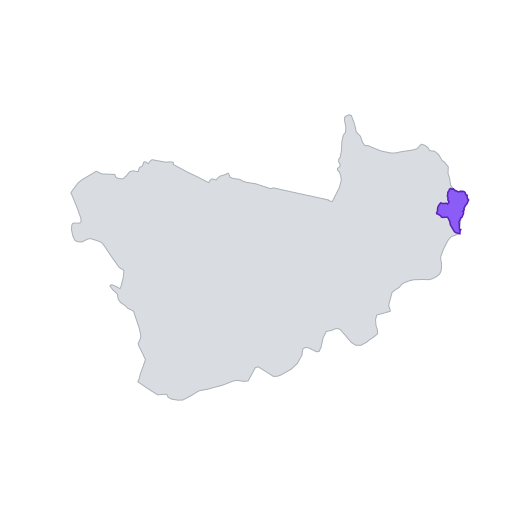 Léraba highlighted on a map of Burkina Faso, rotated 193°
{"feature_id": "BFA-2835", "entity_name": "Léraba", "entity_type": "Province", "adm_level": 1, "iso_a3": "BFA", "parent_name": "Burkina Faso", "parent_adm1": "", "projection": "robinson", "projection_center": [-5.276, 10.67], "detail": "fine", "context": "in_parent", "style": "filled", "palette": "violet", "viewbox_px": 512, "rotation_deg": 193, "n_neighbors": 0, "source": "natural_earth", "source_scale": "10m", "svg_char_len": 4453}
<svg xmlns="http://www.w3.org/2000/svg" viewBox="0 0 512 512"><g transform="rotate(193 256 256)"><path d="M377.7,326.5L365.0,327.1L360.4,328.6L357.6,328.7L357.5,327.4L357.2,326.6L341.2,322.2L329.9,319.7L318.6,316.8L317.9,319.5L316.3,321.2L313.9,321.3L312.1,320.9L311.0,323.0L309.1,325.7L306.5,327.1L303.9,328.7L302.5,330.2L301.4,330.3L298.8,326.8L295.4,326.4L288.9,327.0L286.0,326.0L282.0,325.6L272.7,326.3L257.7,324.9L255.2,325.6L254.6,326.3L239.8,326.4L223.5,326.6L209.8,326.8L197.9,326.9L197.8,326.3L194.0,326.2L193.6,327.4L190.2,341.4L189.9,349.0L191.7,353.7L193.7,356.7L196.0,358.0L196.2,359.7L194.4,361.9L194.6,364.1L196.7,366.4L197.2,368.9L196.2,371.4L196.4,377.5L198.1,387.3L198.1,393.6L196.6,396.5L197.3,401.4L200.3,408.3L200.8,411.3L199.7,412.6L197.3,414.5L194.8,414.4L192.0,410.2L190.7,408.3L188.3,404.0L186.4,399.7L183.7,397.8L181.1,396.1L177.8,390.7L174.7,388.1L171.5,388.8L166.7,387.8L157.1,386.4L146.8,386.8L142.5,388.1L138.3,390.1L127.5,394.4L123.3,396.6L120.1,402.1L116.5,401.9L112.8,400.2L110.5,397.7L105.6,398.3L100.9,395.9L96.3,391.1L93.0,389.6L88.7,386.1L87.5,379.6L84.7,375.0L82.3,368.7L78.5,365.8L74.2,364.3L68.3,364.6L64.4,362.0L61.4,358.3L62.2,355.1L63.6,350.5L63.7,346.1L64.7,339.0L64.1,330.0L63.0,323.8L66.3,321.2L70.1,318.8L72.4,314.6L74.8,305.1L75.9,296.9L75.1,293.8L73.9,291.4L72.9,287.8L72.3,283.5L73.0,279.7L75.8,276.2L79.4,273.3L81.9,271.9L88.7,270.5L97.1,268.3L101.9,265.8L105.5,263.3L107.5,261.4L109.5,257.4L112.7,254.3L115.2,251.2L115.6,242.4L115.6,237.5L113.7,234.7L112.7,232.4L125.1,225.6L125.2,220.8L123.5,215.4L121.0,211.1L120.1,207.4L123.5,203.0L126.6,199.7L128.8,196.9L133.7,192.6L138.8,191.5L143.4,193.1L157.1,203.1L159.5,203.8L162.3,203.0L165.9,200.4L170.5,198.3L172.2,191.6L172.1,181.7L173.1,177.1L175.6,176.3L183.4,178.2L185.5,178.3L187.7,177.7L189.4,175.9L189.3,172.7L188.9,169.9L191.5,160.7L196.1,153.8L205.5,145.2L208.5,143.5L211.9,142.6L228.8,148.5L231.5,147.1L235.6,132.4L240.2,131.0L245.7,130.7L249.2,129.5L251.1,128.4L259.1,122.9L273.2,115.3L280.8,112.0L282.3,110.8L287.7,105.4L294.9,99.2L299.5,98.0L305.9,97.5L309.9,98.6L311.0,100.3L312.3,101.2L320.6,98.6L332.6,102.8L342.9,106.9L342.3,109.5L342.2,114.1L341.4,121.4L340.4,130.1L344.7,135.7L349.8,141.8L351.2,144.2L349.9,150.2L350.8,153.7L353.6,159.5L358.2,167.0L362.9,174.6L366.2,175.6L369.3,176.2L371.2,177.6L374.0,178.9L376.7,179.8L379.1,181.5L380.6,183.1L382.6,187.8L388.0,190.9L391.7,194.0L390.2,195.6L385.6,194.9L381.2,193.6L380.7,195.8L380.5,204.5L381.3,211.7L382.3,212.6L386.7,214.0L397.1,223.3L406.6,232.2L409.8,234.5L415.0,235.3L420.9,235.7L423.4,234.9L429.0,230.4L432.0,229.9L434.8,230.1L436.3,230.8L439.0,234.4L441.6,239.9L442.4,244.0L442.2,246.1L441.3,247.0L436.7,248.0L434.7,248.8L434.2,250.0L434.9,252.7L435.8,254.5L440.9,262.4L448.4,273.1L450.6,275.9L449.4,279.1L445.7,287.4L442.9,290.9L430.7,302.7L424.7,301.3L412.0,303.7L410.1,301.0L407.1,300.6L403.4,301.1L402.1,302.1L401.7,303.3L400.4,304.9L398.1,309.6L396.3,310.8L394.1,311.5L391.3,311.4L389.7,312.0L389.7,314.4L389.2,316.4L387.3,317.4L386.6,319.6L386.7,321.9L385.6,322.9L383.3,322.3L381.8,321.7L380.5,324.6L378.9,326.5L377.7,326.5Z" fill="#d9dde1" stroke="#a8b0b8" stroke-width="1"/><path d="M69.2,365.6L68.2,365.6L67.3,365.4L66.7,365.0L66.1,364.4L66.0,364.1L65.8,363.6L65.6,363.1L65.3,362.9L64.8,362.9L64.5,362.9L63.8,362.6L63.8,361.6L63.2,360.2L62.3,358.9L61.4,358.4L61.7,357.5L62.1,354.7L62.3,354.2L63.4,352.2L64.1,349.3L64.0,348.7L63.6,348.3L63.7,347.5L64.0,346.6L64.5,346.1L63.7,345.7L63.7,345.3L63.4,344.4L63.4,343.8L63.9,340.8L64.1,340.0L64.5,339.6L64.9,339.4L65.2,339.1L65.2,338.6L65.2,338.1L65.9,334.9L65.7,334.2L65.1,333.0L64.2,329.1L63.6,327.5L62.5,327.8L62.8,326.4L62.3,323.5L62.7,323.4L67.1,323.8L68.5,324.7L73.3,329.7L74.0,330.8L74.5,332.3L75.1,333.4L77.2,336.0L78.0,336.8L79.4,336.7L80.3,336.3L82.8,335.6L84.1,335.6L84.7,336.4L86.0,337.1L87.3,337.4L88.1,337.8L88.9,337.6L89.7,338.3L89.6,339.5L89.2,340.8L89.7,342.5L89.8,344.6L89.5,345.7L89.2,346.7L88.5,348.4L87.9,349.4L87.3,349.3L86.5,349.0L85.5,349.3L84.1,349.6L82.6,350.2L81.5,350.1L81.0,349.7L80.5,350.9L80.0,352.2L80.7,353.0L81.7,353.7L82.0,356.0L82.8,357.0L83.1,358.1L83.0,359.1L83.4,361.0L83.3,361.7L82.8,362.6L82.5,363.5L82.6,364.6L81.3,365.7L80.5,365.1L79.7,365.1L79.3,365.8L78.9,365.9L76.5,364.3L75.7,364.5L73.4,364.1L72.6,364.1L72.2,364.4L71.9,364.7L71.6,365.1L71.1,365.2L70.5,365.3L70.2,365.2L69.8,364.9L69.6,365.1L69.4,365.5L69.2,365.6Z" fill="#8b5cf6" stroke="#5b21b6" stroke-width="1.5"/></g></svg>